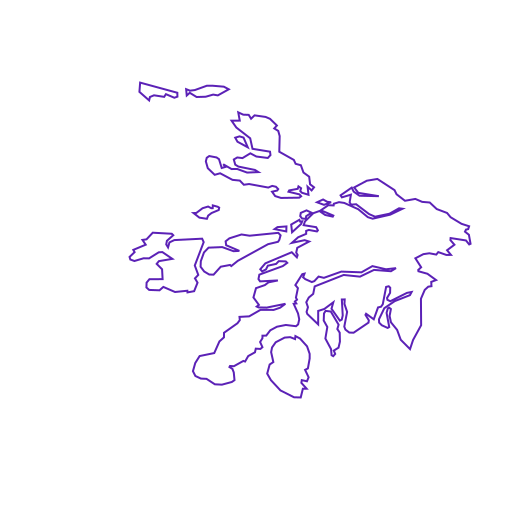 outline of Argyll and Bute, rotated 28°
{"feature_id": "GBR-2746", "entity_name": "Argyll and Bute", "entity_type": "Unitary District", "adm_level": 1, "iso_a3": "GBR", "parent_name": "United Kingdom", "parent_adm1": "", "projection": "robinson", "projection_center": [-5.597, 55.994], "detail": "fine", "context": "isolated", "style": "outline", "palette": "violet", "viewbox_px": 512, "rotation_deg": 28, "n_neighbors": 0, "source": "natural_earth", "source_scale": "10m", "svg_char_len": 6172}
<svg xmlns="http://www.w3.org/2000/svg" viewBox="0 0 512 512"><g transform="rotate(28 256 256)"><path d="M435.7,265.9L423.1,262.0L415.3,255.0L406.3,251.2L402.1,246.2L400.0,239.5L397.8,239.1L397.0,240.5L398.0,244.9L407.0,256.2L406.0,257.7L399.6,258.1L396.0,257.0L394.3,254.2L393.8,241.8L399.7,230.7L410.3,218.3L410.3,214.7L406.6,217.7L395.8,232.9L392.6,233.0L391.4,231.5L391.7,225.6L389.4,221.0L387.4,220.4L385.4,222.2L390.6,239.1L390.2,242.1L387.9,244.1L389.7,256.6L380.3,255.3L380.3,256.6L385.8,259.8L386.6,262.0L378.2,277.9L374.3,279.8L369.5,279.0L367.1,276.9L362.7,262.6L356.6,256.8L354.7,252.7L352.2,254.1L360.5,267.8L361.6,271.9L360.4,273.7L347.4,267.1L346.0,260.6L341.2,270.7L336.7,275.3L343.0,287.2L328.5,283.1L326.9,281.6L325.9,276.8L322.1,273.2L322.1,267.9L324.3,262.6L322.1,255.3L342.3,231.6L357.5,225.4L366.7,212.9L382.3,206.1L385.3,201.0L377.0,206.7L363.5,210.3L356.8,220.9L338.7,229.7L326.2,243.4L320.9,244.8L319.3,250.8L317.5,252.8L310.4,253.3L307.6,252.7L307.1,248.8L305.4,250.3L304.4,263.2L308.1,264.7L310.8,274.0L312.7,275.3L311.7,277.9L313.8,279.0L311.7,280.5L320.1,287.0L323.9,291.6L325.3,296.6L324.3,299.2L314.7,302.9L307.7,308.6L303.5,314.9L302.4,321.5L299.1,323.3L300.3,325.6L300.0,330.0L304.5,333.5L303.5,336.0L299.3,337.9L300.3,341.5L296.1,348.0L295.9,354.3L294.1,354.6L288.2,363.7L284.7,365.3L284.7,366.5L288.1,366.7L291.0,369.2L295.3,375.7L293.8,378.6L286.3,385.6L279.9,388.6L270.0,387.7L264.9,390.1L258.8,390.4L254.4,387.3L252.6,379.0L253.2,370.8L264.7,361.3L263.8,348.6L265.9,342.9L263.8,338.8L271.2,324.1L271.8,320.2L270.0,317.5L278.3,312.5L285.2,301.5L296.9,295.3L301.6,290.3L304.4,284.4L289.7,296.5L282.4,300.2L280.4,300.3L281.5,297.8L273.2,293.8L271.1,284.4L277.5,277.5L279.4,273.4L286.8,267.3L271.5,276.5L269.0,275.2L267.7,270.9L284.4,252.3L286.8,247.4L284.8,246.8L278.5,249.9L277.5,253.5L271.0,259.0L271.1,263.2L268.6,266.7L266.0,265.7L267.7,258.1L285.8,235.9L292.7,238.0L292.3,235.6L289.9,234.1L288.6,229.4L296.1,218.3L291.5,219.2L281.5,227.6L284.4,219.7L289.9,212.9L288.5,210.3L290.4,208.2L298.3,205.7L298.6,204.3L295.6,202.3L283.6,206.4L283.0,202.5L286.5,191.3L290.9,186.5L297.8,187.3L305.3,185.2L305.3,184.0L291.8,185.2L296.0,177.2L300.8,174.9L300.2,173.3L304.0,169.5L309.0,167.7L324.3,166.7L336.5,169.2L341.5,168.3L355.1,156.5L363.2,145.5L359.9,146.7L354.0,156.0L342.7,165.4L336.2,165.9L320.1,163.3L315.9,166.0L313.5,164.7L311.0,157.3L304.3,163.9L302.2,162.7L308.4,150.7L312.0,153.3L319.1,154.2L336.4,145.5L316.7,152.2L310.5,149.4L318.5,137.5L327.0,131.0L347.4,132.8L351.1,135.5L361.6,137.3L369.9,130.8L377.3,130.2L384.3,127.2L393.5,129.7L404.5,128.3L409.6,130.4L422.4,131.1L430.2,129.7L430.7,132.7L429.0,134.1L429.1,136.4L434.0,137.3L439.7,144.5L438.8,145.7L434.1,143.7L419.4,148.8L420.2,150.7L425.9,152.9L422.0,161.2L427.6,163.5L423.6,165.7L415.1,167.0L414.5,170.1L407.8,172.2L402.9,175.8L397.8,183.2L407.1,188.4L405.8,192.2L406.6,193.2L415.7,191.2L426.3,192.7L422.9,196.6L425.1,200.3L422.5,202.2L420.9,206.7L421.7,216.3L434.3,239.6L434.1,256.4L435.7,265.9ZM269.0,170.6L273.6,177.3L266.8,178.6L264.6,177.9L264.0,175.0L260.8,174.6L261.3,177.1L254.5,182.5L254.5,184.0L265.4,181.2L267.8,182.1L266.8,184.2L250.8,193.0L244.8,194.1L240.0,191.7L244.0,188.2L244.2,186.5L241.1,185.5L237.4,186.5L234.7,189.8L216.1,195.7L211.8,198.8L206.3,197.0L199.5,199.8L185.5,199.8L181.4,203.7L172.2,201.1L167.3,196.0L166.4,192.4L167.8,189.7L174.9,187.5L177.9,187.9L184.4,194.4L187.2,191.7L184.0,190.4L193.6,190.7L198.5,188.0L209.0,186.5L218.7,180.8L214.7,180.5L198.5,185.3L194.8,185.1L191.1,181.2L193.2,177.8L198.1,175.9L202.8,168.0L209.6,168.0L220.4,163.9L221.4,160.1L219.4,157.3L202.6,163.0L195.6,154.8L178.3,151.8L170.9,148.0L178.1,144.1L172.9,137.5L178.4,137.2L183.3,134.8L187.2,137.1L188.7,132.5L199.2,128.7L204.0,128.3L213.2,131.0L212.2,134.8L216.9,135.1L220.6,139.0L227.6,153.0L244.3,153.4L247.7,156.0L253.0,154.8L258.7,160.0L265.7,161.0L270.1,167.3L275.0,168.1L274.3,172.0L269.0,170.6ZM216.9,307.0L217.9,316.1L212.6,320.3L211.7,318.9L201.4,325.8L188.7,326.8L186.9,331.6L177.6,336.1L174.0,335.2L171.9,330.9L172.8,326.5L184.4,320.3L179.3,311.8L172.0,309.6L172.7,306.1L183.5,297.8L171.5,296.5L168.4,298.4L162.7,308.3L157.8,310.8L151.0,317.5L146.7,318.1L144.8,316.2L147.0,309.6L144.8,308.2L153.3,297.8L148.2,295.1L151.5,292.7L153.9,283.9L171.2,275.9L173.2,276.5L170.2,284.4L171.3,287.9L174.3,289.7L173.2,284.6L176.4,280.3L200.3,266.0L203.3,268.3L206.4,293.1L213.9,299.8L212.6,304.4L216.9,307.0ZM363.0,349.4L359.7,351.2L361.9,359.9L355.9,362.9L340.7,363.2L327.4,358.6L321.1,354.6L319.0,345.4L321.1,341.5L314.5,333.8L313.1,329.2L313.9,322.9L319.6,314.6L324.3,311.6L329.5,311.0L328.4,308.2L333.6,308.2L343.5,311.8L349.3,317.2L351.5,321.3L354.6,330.9L352.8,333.5L359.4,338.4L359.8,342.7L354.7,344.1L355.6,346.7L363.0,349.4ZM240.8,241.1L264.8,225.1L268.0,226.2L269.0,230.7L268.8,233.1L261.1,239.9L242.2,268.8L238.9,276.5L237.3,276.1L229.9,282.0L227.3,292.4L223.4,294.3L217.5,294.0L212.1,291.5L209.7,286.5L208.4,277.3L210.2,270.9L222.0,264.0L233.9,262.3L238.9,259.3L224.6,260.5L222.3,257.3L224.2,252.9L233.1,243.8L240.8,241.1ZM369.1,303.0L371.9,305.3L371.2,308.2L369.3,308.1L366.0,303.0L356.0,296.3L352.3,285.2L346.1,281.2L343.0,274.8L343.2,271.8L348.1,269.9L361.2,277.9L362.1,282.3L365.9,284.4L370.3,292.2L371.9,298.2L369.1,303.0ZM72.3,157.3L109.9,148.8L111.8,152.2L109.6,154.6L100.5,155.4L100.2,158.6L90.5,162.0L87.7,165.4L88.6,168.8L76.0,165.8L72.3,157.3ZM153.7,121.6L146.9,132.1L142.4,133.6L136.8,139.0L128.9,143.5L120.9,143.0L119.5,146.8L116.0,141.5L120.1,141.0L124.1,138.2L132.7,128.7L137.6,126.1L148.1,121.6L153.7,121.6ZM190.5,234.8L194.0,234.8L195.3,234.1L194.1,231.6L199.1,230.5L200.8,230.6L201.5,232.9L196.6,238.9L194.8,242.8L195.2,246.2L188.0,248.7L180.7,247.4L183.1,246.0L186.4,238.9L190.5,234.8ZM197.7,163.9L186.0,163.8L182.1,161.3L185.3,158.1L189.4,157.3L197.7,163.9ZM277.3,203.7L278.9,204.9L280.5,203.7L280.8,206.5L276.7,218.1L272.3,211.7L277.3,203.7ZM275.3,196.9L279.2,192.0L284.7,191.7L281.6,197.3L282.5,199.8L279.1,201.3L276.3,200.0L275.3,196.9ZM269.0,215.6L271.2,220.1L259.8,223.5L261.4,220.4L269.0,215.6ZM288.7,174.6L293.5,174.7L297.1,173.3L292.0,178.9L284.7,179.9L288.7,174.6Z" fill="none" stroke="#5b21b6" stroke-width="2"/></g></svg>